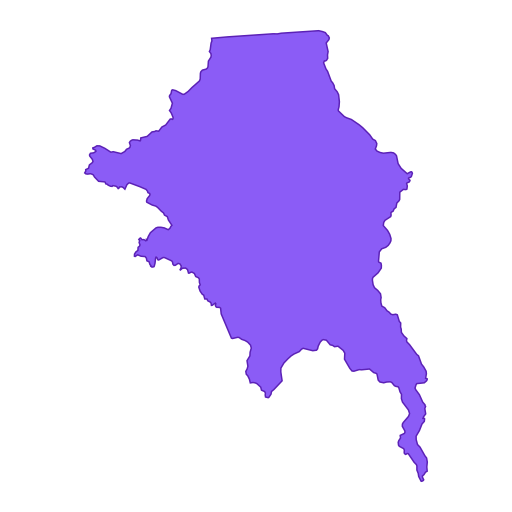 Mchinji, Mchinji, Malawi
{"feature_id": "42251766B46471952803478", "entity_name": "Mchinji", "entity_type": "district", "adm_level": 2, "iso_a3": "MWI", "parent_name": "Malawi", "parent_adm1": "Mchinji", "projection": "albers", "projection_center": [33.098, -13.779], "detail": "fine", "context": "isolated", "style": "filled", "palette": "violet", "viewbox_px": 512, "rotation_deg": 0, "n_neighbors": 0, "source": "geoboundaries", "source_scale": "gbopen_adm2", "svg_char_len": 6051}
<svg xmlns="http://www.w3.org/2000/svg" viewBox="0 0 512 512"><path d="M211.6,38.3L211.9,40.9L211.1,43.1L210.2,49.8L209.4,51.5L210.9,53.5L211.2,55.5L210.9,57.2L208.4,61.1L208.0,66.7L207.4,68.1L206.2,69.1L202.4,70.1L200.9,71.7L200.4,73.2L200.2,79.1L199.4,81.0L192.0,87.5L188.2,91.4L184.2,94.3L182.7,94.3L175.7,90.6L172.6,89.8L171.7,90.3L171.0,93.7L169.6,95.5L169.4,96.8L172.4,103.2L171.0,108.3L169.5,110.5L171.1,112.7L171.9,114.5L173.1,117.5L172.9,119.0L172.3,119.4L171.3,118.9L170.2,119.1L165.7,125.0L161.9,127.0L158.7,131.2L156.0,130.8L154.7,131.5L152.0,131.9L147.2,136.4L140.8,137.9L140.5,140.4L140.1,140.9L137.5,140.1L132.8,139.8L131.5,140.3L130.2,141.3L129.4,142.6L130.4,145.5L129.9,147.3L129.1,148.1L126.5,149.3L124.8,151.5L121.1,153.6L113.2,151.7L110.9,152.2L104.8,148.3L99.8,145.9L96.9,145.8L94.5,147.3L92.8,147.9L92.9,148.9L95.7,150.3L95.9,151.4L93.7,152.8L90.4,153.3L89.5,155.0L89.8,156.1L92.4,159.5L93.0,161.6L92.1,162.8L89.4,164.9L88.5,168.3L85.7,169.6L85.8,171.0L84.7,172.9L85.9,173.9L87.7,174.1L90.5,173.7L92.3,174.3L93.3,174.9L94.5,177.0L98.6,181.3L104.7,181.9L105.3,182.4L105.7,183.8L107.6,184.4L107.9,185.0L110.4,186.2L112.1,186.4L112.9,185.6L115.9,186.2L116.9,186.8L118.2,188.6L118.8,188.3L119.5,187.0L121.8,186.8L123.2,187.5L124.9,189.2L126.9,184.7L128.6,183.1L129.7,182.9L139.9,186.7L146.1,189.4L147.6,191.4L147.9,192.6L149.7,193.5L150.0,194.5L149.6,195.6L147.2,198.6L146.5,201.1L146.8,202.2L152.1,205.0L155.8,206.1L157.6,207.4L161.4,211.3L163.5,212.9L164.5,215.1L167.3,216.6L168.4,220.0L171.9,225.3L170.9,226.4L169.9,228.3L168.2,229.7L164.3,227.9L161.0,227.3L157.8,227.3L156.0,227.9L150.4,232.7L148.3,236.4L147.0,240.0L146.5,239.6L146.5,240.4L145.8,240.8L143.9,239.6L142.0,239.7L140.6,238.0L139.7,238.4L138.8,239.5L139.7,240.6L139.1,242.5L140.0,244.9L139.4,246.3L138.1,247.3L137.9,250.4L135.9,251.9L134.5,254.1L134.4,256.2L135.1,256.5L137.7,254.8L140.9,256.2L145.2,256.6L146.4,258.2L146.9,260.8L149.1,261.8L150.0,264.7L150.9,265.5L150.7,266.2L152.0,267.1L153.8,266.8L154.2,266.3L155.0,263.3L155.6,258.0L156.1,257.1L156.9,257.6L157.9,259.8L158.7,260.0L163.1,257.5L164.6,257.6L171.7,260.9L172.5,262.0L172.9,264.2L174.0,265.4L175.3,265.3L178.1,263.4L179.9,263.9L181.2,265.9L181.0,268.0L180.1,269.7L180.4,270.0L182.5,268.2L185.7,268.1L187.5,269.6L188.5,273.1L189.3,273.1L191.2,272.1L192.2,272.2L194.4,273.5L195.7,276.5L198.5,277.8L199.3,279.0L199.4,282.5L200.2,284.8L199.0,286.1L198.8,287.2L200.1,291.1L202.3,294.3L203.7,295.1L204.8,299.0L206.9,299.0L207.8,300.8L210.4,302.2L211.1,303.3L211.4,305.4L212.2,305.3L215.3,303.1L215.8,303.7L215.4,305.7L216.1,306.9L216.8,307.3L219.6,307.4L220.6,308.2L221.2,313.9L231.4,338.1L232.5,338.5L237.7,337.3L239.1,337.5L241.6,339.3L245.0,340.5L247.7,342.1L250.5,345.1L251.3,348.1L250.1,352.2L249.9,355.9L247.0,360.7L247.9,366.3L247.1,369.0L245.8,371.4L246.3,374.3L247.7,375.7L249.4,379.2L250.3,382.9L253.0,382.5L255.3,382.9L257.0,383.7L260.7,387.1L261.5,390.2L264.6,391.5L265.4,393.1L265.2,395.0L265.5,397.0L268.2,397.7L268.9,397.3L271.0,394.2L271.5,391.5L273.8,389.6L282.1,380.8L280.8,371.9L280.9,368.1L283.9,363.0L288.0,358.7L291.1,355.9L294.0,354.0L299.3,351.6L301.4,349.3L303.1,348.3L312.8,350.7L316.5,350.2L317.6,348.8L318.2,346.1L320.2,342.1L322.0,340.2L323.2,339.6L326.4,340.2L330.2,344.8L332.7,345.4L334.5,346.7L338.0,346.2L343.2,350.4L344.8,353.2L344.5,359.2L349.8,368.3L352.0,371.0L353.9,371.2L359.2,369.6L361.6,369.8L369.5,369.0L373.7,372.6L376.1,373.3L377.0,374.1L378.2,380.1L379.9,382.0L383.7,382.8L386.7,382.0L390.3,381.8L391.8,382.5L394.4,385.7L395.9,386.4L398.0,386.7L398.9,388.0L400.0,391.8L401.5,394.3L401.4,398.6L402.5,402.1L408.4,409.9L409.6,413.6L408.5,416.4L403.2,422.6L402.4,424.1L402.3,426.3L404.9,431.0L404.9,432.4L404.4,433.4L400.2,435.4L400.5,438.0L398.8,440.6L398.2,442.3L398.5,445.1L399.3,446.3L403.6,448.6L404.3,450.0L404.2,452.9L404.6,453.7L405.7,454.4L407.3,453.5L408.3,453.7L414.2,462.4L416.4,464.6L416.9,466.0L416.9,470.1L418.2,473.3L418.7,476.5L421.1,481.2L421.8,481.3L423.3,480.5L423.7,479.8L422.5,477.3L422.4,476.0L424.0,474.6L425.5,472.2L427.2,471.2L426.8,466.9L427.3,462.1L426.6,458.0L424.9,455.8L420.0,447.1L417.5,444.5L416.2,439.7L416.1,436.2L419.4,430.6L422.0,424.0L424.3,421.4L424.6,418.8L424.3,418.4L423.0,418.4L423.6,416.7L425.7,413.9L424.8,408.5L425.6,406.4L425.0,405.5L425.0,404.8L422.7,402.1L419.4,394.7L415.8,389.8L415.0,388.1L416.1,384.6L416.8,383.6L424.3,382.8L426.5,380.9L427.2,379.6L427.1,378.7L425.6,378.3L426.4,373.8L426.1,371.2L423.7,366.9L421.5,364.1L418.5,355.8L416.8,354.5L409.5,344.6L406.8,341.8L406.5,340.4L406.9,338.6L403.8,335.8L401.4,332.4L401.2,329.1L400.6,327.1L400.7,323.0L399.3,321.4L397.3,314.8L395.8,314.2L392.8,314.7L391.0,314.2L388.9,312.0L387.0,310.8L384.7,307.7L381.8,306.1L380.9,302.7L380.7,299.8L381.1,297.6L380.5,293.8L377.7,290.4L374.5,287.7L373.1,284.7L372.4,280.1L372.5,278.5L373.0,277.3L378.1,272.8L381.3,268.1L381.4,265.4L381.0,263.2L378.8,262.1L378.5,261.4L379.3,251.9L381.7,248.8L385.8,247.3L388.2,245.4L389.9,243.0L390.9,240.8L391.0,238.5L389.7,234.3L387.5,230.4L383.3,225.6L383.7,222.5L385.0,220.3L390.7,216.6L391.1,215.2L390.9,212.9L391.3,212.2L393.0,211.3L394.2,208.8L396.0,207.4L396.8,203.1L399.0,200.8L399.7,199.4L399.8,192.2L403.3,189.4L405.9,189.6L406.9,189.1L407.3,185.9L406.6,183.5L407.0,182.9L409.2,182.0L409.8,181.0L410.0,180.3L408.6,178.9L408.5,178.2L409.1,177.7L410.6,177.3L411.4,176.4L412.4,173.3L412.0,172.3L411.6,171.8L410.5,171.9L407.2,173.7L401.1,168.3L398.1,163.6L396.5,155.8L395.5,154.4L393.6,152.9L390.9,152.4L383.4,153.2L380.1,152.5L377.0,151.1L375.3,149.0L376.5,145.8L376.8,143.6L375.4,140.6L372.7,139.1L369.7,134.8L362.8,127.8L359.3,124.9L351.4,119.5L346.4,117.7L344.3,116.6L338.4,110.9L338.2,109.9L339.0,106.8L339.4,101.8L338.6,94.7L337.2,91.8L334.6,88.7L334.1,85.5L332.6,82.7L331.2,81.1L327.6,71.4L325.9,68.8L323.6,62.8L324.4,60.9L325.5,60.9L326.5,60.3L327.7,58.3L327.5,54.9L328.1,51.6L326.2,43.0L328.9,39.6L329.3,37.9L328.3,35.8L327.4,35.4L325.3,32.6L322.6,31.6L318.7,30.7L281.2,33.2L277.4,33.9L273.1,33.8L227.3,36.9L211.6,38.3Z" fill="#8b5cf6" stroke="#5b21b6" stroke-width="1.5"/></svg>